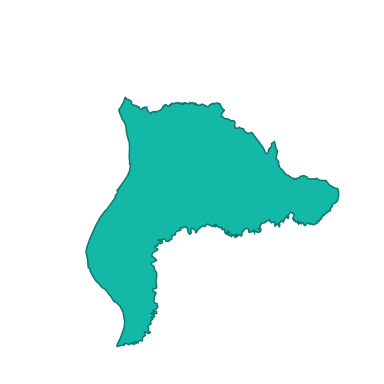 the district of Karawang, Jawa Barat, Indonesia, rotated 245°
{"feature_id": "22746128B53840275251202", "entity_name": "Karawang", "entity_type": "district", "adm_level": 2, "iso_a3": "IDN", "parent_name": "Indonesia", "parent_adm1": "Jawa Barat", "projection": "orthographic", "projection_center": [107.411, -6.265], "detail": "fine", "context": "isolated", "style": "filled", "palette": "teal", "viewbox_px": 384, "rotation_deg": 245, "n_neighbors": 0, "source": "geoboundaries", "source_scale": "gbopen_adm2", "svg_char_len": 6055}
<svg xmlns="http://www.w3.org/2000/svg" viewBox="0 0 384 384"><g transform="rotate(245 192 192)"><path d="M113.8,280.8L114.6,281.8L114.9,284.3L113.0,285.0L113.1,286.7L111.7,287.0L111.5,288.1L110.9,288.5L110.9,292.6L112.1,292.8L112.2,294.1L111.6,294.8L112.5,295.2L112.8,297.5L113.6,297.6L114.1,299.1L115.2,300.2L114.9,301.6L115.8,301.7L115.5,303.1L116.4,304.7L116.1,305.8L116.7,307.7L116.6,309.3L118.9,310.9L119.6,313.1L121.1,313.4L121.7,316.4L121.5,317.5L122.5,320.2L127.4,323.8L131.6,325.3L133.7,325.3L135.0,323.2L140.4,319.5L145.8,318.2L148.1,313.6L149.2,312.3L151.8,310.8L151.8,309.3L152.7,307.1L154.8,302.9L157.0,302.6L159.5,300.4L160.3,297.2L159.6,294.6L160.1,292.8L159.7,292.4L160.4,291.7L160.1,290.1L161.5,289.9L161.6,288.8L166.5,286.3L167.0,285.4L168.4,284.5L174.0,283.1L177.3,281.7L178.6,282.2L180.6,282.2L182.4,283.2L184.8,283.0L186.5,282.2L193.0,286.7L195.1,286.7L196.5,286.1L197.5,287.0L202.8,288.0L202.3,284.5L199.5,283.3L198.8,280.2L195.4,277.4L195.3,276.1L195.8,275.1L201.9,275.3L220.2,271.5L221.0,270.9L220.9,268.8L222.0,266.8L225.0,265.4L227.8,265.2L229.2,263.0L230.7,262.3L230.4,260.1L231.6,258.9L231.6,258.1L235.0,259.0L236.8,260.4L238.6,260.2L239.5,259.4L239.5,258.1L243.5,255.1L244.1,253.2L246.2,251.8L247.3,251.6L248.6,250.4L250.7,252.5L252.2,255.6L253.0,255.9L253.4,255.3L255.2,254.6L260.1,254.6L260.6,253.2L261.6,253.3L262.4,251.2L262.5,249.2L263.6,248.6L263.3,247.1L263.6,245.5L262.6,242.9L262.8,241.8L264.6,240.9L264.4,240.2L264.9,239.8L265.8,239.7L267.1,238.8L267.6,236.5L267.2,235.4L269.2,233.2L269.2,232.1L269.8,231.9L270.1,232.9L271.1,232.7L271.1,231.8L271.7,231.5L271.6,230.3L272.7,230.2L272.8,228.8L274.1,227.8L273.0,226.6L276.1,223.0L276.2,221.5L275.3,222.1L275.1,221.1L276.0,220.9L276.2,220.0L277.1,219.7L276.8,219.3L276.1,219.6L276.6,218.7L278.5,217.8L278.2,217.4L279.6,215.4L279.9,211.8L281.1,211.3L280.0,209.8L280.5,208.9L279.5,208.8L280.1,206.4L281.9,205.6L282.5,203.9L281.9,203.5L281.9,201.8L280.9,201.5L279.5,198.2L279.5,195.2L279.9,194.4L279.3,193.0L280.7,192.4L280.9,190.4L281.6,189.9L280.3,188.3L282.4,186.7L284.9,186.1L285.8,186.5L286.4,186.2L287.9,186.9L287.8,186.2L288.9,185.2L288.6,184.0L289.2,182.7L288.2,182.0L288.3,180.8L290.2,179.8L291.7,179.8L292.6,178.3L293.5,178.3L295.3,175.9L297.2,174.3L298.2,174.6L298.6,175.2L300.3,175.1L302.5,173.5L304.4,171.2L304.9,172.0L305.9,171.4L302.3,167.9L298.3,162.3L298.0,161.2L296.7,160.1L287.5,159.5L284.1,160.1L280.0,160.0L272.8,157.6L267.2,156.5L264.3,156.4L259.0,154.3L249.2,149.4L246.1,148.5L243.6,147.2L242.8,147.8L237.8,144.6L235.1,141.6L234.2,141.4L234.2,140.5L231.7,136.9L226.6,127.7L225.6,127.1L225.9,126.4L225.2,124.7L223.2,124.9L220.7,120.6L219.6,120.5L213.5,109.7L211.6,106.1L211.9,105.7L208.0,98.4L202.2,90.5L193.1,80.0L186.7,73.7L183.5,71.2L181.4,70.3L174.9,68.9L168.2,66.3L167.0,66.1L166.5,67.1L163.6,66.4L157.8,66.6L151.5,67.4L149.7,68.4L144.8,69.7L142.1,70.9L141.6,71.7L136.3,73.3L134.0,73.4L133.1,74.1L126.3,74.9L126.3,75.3L124.9,75.6L124.4,76.4L119.5,78.4L112.1,78.7L103.2,76.3L98.1,73.4L90.4,66.0L85.5,59.8L83.7,58.7L82.5,65.0L82.0,65.2L81.8,66.1L82.6,66.3L83.3,67.5L80.2,70.5L80.8,72.1L79.8,73.3L80.4,73.7L78.6,74.9L79.8,75.2L79.4,76.1L80.4,76.6L79.5,77.3L78.3,77.1L78.5,77.8L79.3,78.1L78.1,79.6L79.4,80.4L79.7,81.5L78.3,83.5L78.2,84.3L81.2,85.7L81.8,89.2L84.3,89.2L85.1,90.0L82.4,92.4L81.9,93.4L82.0,94.5L82.9,94.8L84.2,93.6L86.6,95.1L89.1,95.2L89.9,99.2L92.3,99.5L93.3,102.6L95.3,102.2L95.8,102.7L94.4,104.2L95.3,105.6L96.1,105.7L99.2,103.6L99.5,106.1L97.8,106.1L96.8,108.5L98.5,109.3L100.3,106.8L101.0,106.7L100.9,109.4L102.2,112.5L105.5,113.1L107.6,111.1L108.8,111.0L113.8,114.4L115.0,116.3L115.9,116.8L116.6,116.6L118.0,115.0L119.4,114.7L120.4,115.7L119.9,118.7L120.8,119.9L126.3,121.6L130.0,124.1L134.0,125.8L137.5,125.3L140.5,126.1L142.9,124.7L144.3,124.7L144.8,125.8L145.0,130.9L146.2,130.9L150.7,128.8L151.8,128.9L153.5,130.6L154.0,136.4L154.9,136.8L157.0,135.3L158.3,135.6L158.3,136.5L157.6,137.9L159.2,138.7L159.4,139.5L158.2,142.6L158.8,143.9L160.2,144.2L161.5,141.4L162.3,140.9L163.0,141.2L161.6,144.5L161.3,147.3L158.3,147.7L157.2,149.7L157.8,151.2L157.6,153.4L160.3,155.1L160.7,156.3L160.3,158.6L162.1,159.9L162.8,161.2L162.2,165.5L162.7,165.9L164.3,165.8L164.6,166.4L163.5,167.9L163.2,171.0L162.3,172.2L161.5,172.4L157.3,171.5L155.1,171.7L154.7,172.1L154.7,173.0L155.8,174.4L158.1,174.8L159.3,175.8L158.7,177.1L155.6,179.0L153.9,178.1L153.4,178.3L155.6,182.1L156.9,187.2L155.1,189.1L156.2,191.1L156.3,192.7L152.4,195.5L151.9,197.5L152.9,198.0L152.6,199.9L152.0,199.7L151.6,198.3L151.0,198.0L150.5,198.8L151.4,200.5L150.1,200.5L147.7,202.3L147.6,204.1L146.0,203.3L145.1,203.5L144.7,203.9L144.7,205.5L143.9,206.0L142.4,204.8L140.1,204.8L140.1,205.7L141.3,207.7L140.9,208.7L139.7,209.1L139.5,206.5L138.8,205.8L138.4,206.1L138.7,207.7L138.0,207.8L137.2,207.1L136.6,208.0L135.0,208.7L135.1,209.4L136.5,210.0L135.3,210.4L135.4,211.8L135.0,212.9L134.1,213.0L134.0,212.1L133.4,211.6L132.3,212.4L132.8,213.7L134.7,213.7L135.3,214.6L134.9,215.0L132.8,215.0L133.1,216.8L131.8,217.5L131.3,218.5L131.7,219.0L132.9,219.0L133.6,220.3L134.9,220.7L134.8,222.1L135.7,223.3L136.1,226.3L134.6,227.5L131.4,226.6L130.6,229.4L131.5,231.5L130.7,232.3L129.6,231.3L128.3,231.4L129.4,232.3L129.5,233.2L127.5,234.6L127.2,237.2L128.4,238.4L129.5,238.8L130.0,238.6L130.0,237.2L130.5,236.7L130.5,237.8L131.2,238.8L133.0,239.2L132.9,240.4L133.9,240.7L134.0,242.3L133.4,245.6L134.3,247.3L133.8,249.0L134.0,250.5L132.3,250.3L130.6,250.9L130.2,254.2L127.9,253.2L126.1,252.9L126.8,255.3L127.5,256.0L126.7,256.8L125.3,256.2L124.2,256.2L123.7,256.6L124.3,257.4L126.8,257.9L128.0,261.5L126.1,262.0L128.1,264.0L130.0,267.4L129.8,268.7L128.9,268.2L128.5,267.4L127.7,267.8L127.5,268.4L130.4,269.7L132.2,272.3L131.4,273.6L130.6,273.6L128.9,275.3L128.2,275.1L125.7,272.2L125.0,272.0L124.7,272.5L123.4,272.2L123.5,273.3L121.9,273.0L121.0,273.4L120.6,276.0L118.8,276.5L118.7,276.0L119.5,275.5L119.4,274.7L117.9,274.9L118.3,277.3L116.5,277.4L117.6,277.8L117.5,279.2L116.5,279.8L115.6,279.5L114.0,279.9L113.8,280.8Z" fill="#14b8a6" stroke="#0f766e" stroke-width="1.5"/></g></svg>